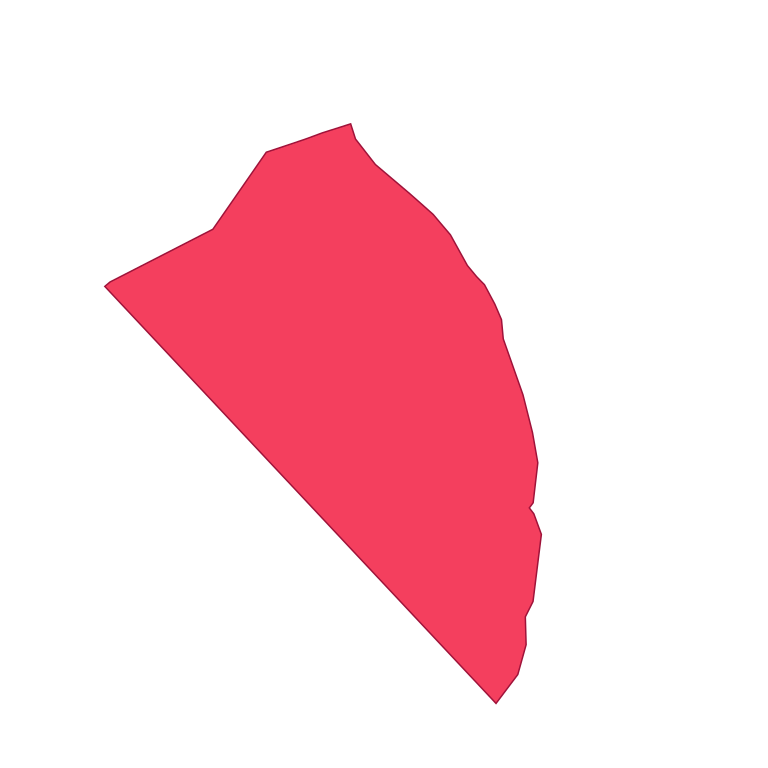 Ruby Estate, Soufrière, Saint Lucia (orthographic projection), rotated 127°
{"feature_id": "8701671B78745731328632", "entity_name": "Ruby Estate", "entity_type": "district", "adm_level": 2, "iso_a3": "LCA", "parent_name": "Saint Lucia", "parent_adm1": "Soufrière", "projection": "orthographic", "projection_center": [-61.05, 13.858], "detail": "fine", "context": "isolated", "style": "filled", "palette": "rose", "viewbox_px": 768, "rotation_deg": 127, "n_neighbors": 0, "source": "geoboundaries", "source_scale": "gbopen_adm2", "svg_char_len": 615}
<svg xmlns="http://www.w3.org/2000/svg" viewBox="0 0 768 768"><g transform="rotate(127 384 384)"><path d="M269.7,617.5L340.1,614.7L363.4,613.8L467.4,664.2L472.7,665.4L474.1,665.7L571.7,102.3L535.5,102.3L506.7,113.6L484.9,131.0L468.0,134.1L409.4,167.8L397.5,186.2L395.5,193.4L389.1,193.4L354.4,213.7L333.4,236.2L309.0,266.5L276.2,315.9L261.9,328.9L253.5,343.6L244.2,363.6L243.4,369.2L242.5,374.8L239.2,388.7L224.9,420.7L221.3,436.7L219.0,446.7L217.9,460.1L216.5,477.9L213.9,523.0L205.5,554.2L196.3,567.2L214.5,580.1L220.7,584.5L236.4,594.6L269.7,617.5Z" fill="#f43f5e" stroke="#9f1239" stroke-width="1.5"/></g></svg>